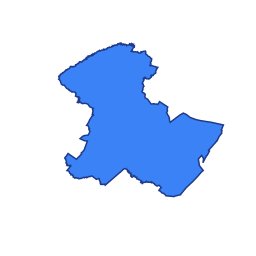 Tepotzotlán, México, Mexico, rotated 49°
{"feature_id": "50627088B87639094921264", "entity_name": "Tepotzotlán", "entity_type": "district", "adm_level": 2, "iso_a3": "MEX", "parent_name": "Mexico", "parent_adm1": "México", "projection": "equal_earth", "projection_center": [-99.315, 19.719], "detail": "fine", "context": "isolated", "style": "filled", "palette": "blue", "viewbox_px": 256, "rotation_deg": 49, "n_neighbors": 0, "source": "geoboundaries", "source_scale": "gbopen_adm2", "svg_char_len": 5728}
<svg xmlns="http://www.w3.org/2000/svg" viewBox="0 0 256 256"><g transform="rotate(49 128 128)"><path d="M150.5,184.3L151.4,185.1L151.8,184.7L152.6,185.6L154.4,183.7L154.6,183.0L155.3,182.8L155.4,182.2L156.2,182.6L156.2,162.9L156.4,162.6L156.2,161.8L156.2,158.2L156.2,157.6L157.3,156.7L157.3,156.2L158.4,156.2L159.0,155.8L160.1,156.6L160.7,155.7L161.2,155.7L161.3,156.6L162.1,156.1L162.4,156.2L162.4,156.7L162.8,156.7L163.9,155.5L164.8,156.6L166.0,156.0L166.1,156.6L165.9,156.9L166.0,157.4L166.9,157.5L167.8,157.2L168.1,155.8L167.8,154.9L168.3,154.4L169.2,154.9L169.7,154.5L170.3,154.6L171.0,153.7L172.2,154.7L173.1,154.0L173.8,154.0L174.3,153.4L175.7,152.9L176.3,153.1L177.1,152.5L177.4,152.9L177.4,154.1L177.7,154.1L178.5,153.2L179.2,153.7L179.5,153.4L179.1,152.7L179.1,152.0L180.3,150.7L180.3,149.0L181.5,149.2L181.9,148.1L182.6,147.9L183.7,146.8L183.8,145.9L184.3,146.2L184.9,146.1L185.1,145.2L186.8,145.0L187.6,144.5L188.3,144.9L190.8,144.2L191.2,143.6L191.3,142.5L192.1,142.0L194.8,142.1L195.0,144.5L195.5,145.7L196.8,145.1L199.5,144.9L200.2,144.2L202.3,143.7L204.1,143.8L210.0,138.2L210.3,137.0L212.9,132.0L212.6,131.7L211.2,122.8L210.9,114.4L210.2,107.1L209.4,101.5L209.4,99.1L203.3,98.8L197.6,95.3L197.0,90.4L200.8,91.1L203.4,94.3L202.5,92.2L202.2,92.0L202.3,91.6L201.4,89.5L201.2,88.5L200.7,88.0L200.7,87.7L200.4,87.2L200.6,86.8L200.5,86.0L198.8,81.6L197.7,81.9L196.3,71.0L195.8,68.9L196.0,68.9L194.1,64.6L193.4,60.7L193.1,60.7L191.4,58.6L190.7,58.9L188.3,54.0L178.6,61.2L169.8,68.6L166.2,71.2L160.8,74.2L156.1,75.1L153.0,76.5L152.2,80.8L151.4,92.4L149.1,91.5L147.6,90.2L146.7,90.1L145.8,89.5L144.5,89.6L142.9,88.9L141.6,88.8L141.0,86.9L139.8,86.5L138.2,84.2L128.8,86.9L129.4,88.5L129.4,89.1L129.8,89.9L129.5,90.3L128.9,90.5L127.1,92.5L126.7,92.4L125.4,94.5L124.7,94.8L119.1,94.3L116.4,95.3L115.5,94.8L113.9,92.9L113.4,92.8L112.6,93.2L111.8,93.0L111.3,93.5L109.8,93.8L108.9,91.6L108.0,91.2L107.9,90.7L107.0,89.4L107.0,88.6L105.8,88.4L105.0,87.8L103.8,88.1L103.8,87.7L103.2,87.1L102.5,85.0L101.7,83.9L101.0,84.2L100.6,83.5L100.6,82.6L101.0,81.8L101.5,81.7L101.6,82.5L101.8,82.6L102.3,81.9L103.1,81.7L104.1,80.5L104.6,80.3L104.9,79.4L104.9,78.4L104.6,77.9L104.9,77.1L104.5,76.7L103.7,76.5L103.4,75.9L103.5,75.5L104.5,75.3L104.9,74.7L104.4,73.6L104.7,71.2L104.6,70.8L103.9,70.6L102.6,68.4L101.8,65.7L101.0,66.3L101.0,66.8L99.9,66.9L98.0,68.3L96.7,68.9L95.9,69.8L95.7,70.4L95.1,70.4L94.8,68.7L93.2,68.2L93.1,66.9L91.6,65.0L91.0,64.6L90.4,65.1L88.2,65.0L87.2,65.7L85.5,65.7L83.8,66.1L82.2,64.7L81.4,64.4L80.0,66.5L79.9,67.4L79.0,68.1L79.0,68.4L79.8,68.7L79.6,69.3L79.0,69.9L78.9,70.3L77.9,71.0L76.7,70.7L76.2,71.8L75.1,72.6L74.1,74.0L72.5,75.1L72.4,74.5L72.1,74.9L70.9,71.2L71.2,70.3L70.1,69.2L69.3,70.4L68.5,68.9L68.2,69.3L67.0,69.7L68.0,70.4L68.1,71.2L66.4,70.8L65.7,71.3L66.9,71.7L66.9,72.1L65.8,72.3L65.5,73.8L65.2,73.9L65.0,74.4L65.0,74.8L64.5,74.4L63.0,75.2L62.9,75.4L63.2,75.6L63.0,76.1L62.5,75.9L62.1,76.9L61.8,76.3L61.4,76.5L60.6,78.6L59.9,78.1L59.8,77.5L59.4,77.5L59.5,77.9L59.1,78.0L59.1,78.7L58.4,79.0L58.7,79.9L57.8,80.4L58.3,81.1L58.1,81.9L58.2,82.2L57.6,82.3L57.5,82.8L56.9,83.3L56.9,83.7L56.4,84.3L56.4,85.1L56.6,85.3L56.5,85.7L56.0,85.8L56.3,86.0L56.1,86.7L55.8,87.0L55.9,87.9L55.1,89.0L54.6,89.1L54.6,90.4L54.1,90.7L54.1,91.5L54.5,92.1L54.0,92.5L54.1,93.0L53.6,94.0L52.6,94.4L52.5,94.7L53.3,95.1L52.1,96.4L51.5,98.7L50.7,98.7L50.8,99.3L50.2,100.9L50.4,102.8L49.6,103.8L50.2,104.8L49.5,105.3L49.9,105.5L50.0,106.3L49.3,106.2L49.9,107.2L48.9,107.4L49.4,108.1L48.8,108.3L48.8,108.7L48.2,109.7L48.8,110.0L48.6,110.9L48.1,110.4L47.5,110.9L47.9,111.5L47.5,113.1L48.4,113.4L48.1,113.8L48.2,114.0L48.8,114.0L48.3,114.8L48.0,114.7L48.2,115.7L47.6,116.1L48.0,117.1L47.5,118.4L47.9,119.0L47.8,119.8L47.1,120.2L46.9,120.8L46.4,120.8L46.2,121.2L46.6,121.5L46.6,122.5L46.8,122.7L46.7,123.4L46.4,123.5L46.5,124.7L45.9,126.0L46.6,126.4L46.7,127.6L46.2,128.0L46.2,128.6L45.9,129.3L45.4,129.2L45.1,130.1L44.1,130.5L44.1,131.0L43.9,131.1L43.9,131.6L44.5,132.3L44.6,133.3L44.0,134.7L44.2,135.2L44.1,136.0L43.4,136.5L43.9,138.0L43.6,138.5L43.8,139.3L43.7,140.9L43.3,141.2L43.7,142.0L43.5,143.0L43.1,143.5L43.2,144.2L43.8,144.6L44.0,145.2L43.6,145.7L43.5,146.4L45.6,147.2L45.7,148.3L47.6,148.1L51.1,149.5L52.9,149.1L53.8,148.0L57.9,148.3L59.6,147.6L60.3,147.7L60.9,147.3L61.2,147.6L63.2,146.8L63.7,146.9L64.3,146.6L64.5,146.0L65.9,144.5L66.7,144.7L67.2,144.4L67.7,144.9L68.5,145.2L69.5,146.7L71.3,145.9L71.7,145.0L72.2,144.7L72.6,145.5L73.0,145.1L73.9,144.9L73.8,146.4L74.3,147.4L75.1,147.2L74.8,146.2L75.8,146.8L75.2,148.0L75.4,148.9L75.2,149.1L75.4,149.5L76.4,148.8L76.1,148.5L77.1,147.5L77.2,147.0L78.6,146.9L79.9,146.2L81.1,144.2L83.7,142.6L86.8,143.0L90.5,141.3L90.8,142.6L92.3,143.3L93.3,144.8L93.8,144.9L94.3,146.2L94.7,146.3L95.3,145.5L95.7,145.6L95.4,147.2L96.9,152.1L97.8,153.8L98.9,157.5L100.2,156.6L102.1,157.2L102.7,157.8L103.1,157.7L103.0,158.1L103.7,158.6L105.5,158.9L106.6,161.0L107.2,162.7L105.1,165.9L104.5,167.7L104.6,171.2L108.9,169.3L111.2,167.2L115.9,175.7L116.2,178.2L116.1,179.6L117.1,180.1L117.5,183.6L117.5,185.4L117.9,187.4L107.9,190.0L108.8,193.1L108.9,194.9L109.7,195.7L110.4,195.4L113.2,196.7L113.6,197.7L115.1,197.6L115.7,198.5L116.2,197.8L116.7,198.4L118.0,197.1L118.3,195.9L119.1,195.9L120.1,202.0L121.2,201.2L122.1,201.0L123.9,201.6L124.9,201.3L125.9,201.8L126.2,200.9L127.0,201.0L127.6,200.5L127.9,201.0L128.6,201.1L129.1,201.5L129.4,201.3L130.8,201.1L131.0,200.3L131.6,200.1L131.5,199.7L132.0,199.5L133.1,198.5L133.6,198.7L134.0,198.5L135.6,195.9L135.7,194.9L136.4,193.6L137.0,193.6L137.5,191.8L138.5,191.7L139.0,189.2L139.5,189.0L139.9,188.3L140.1,187.3L140.8,186.6L146.0,185.6L146.9,183.3L147.5,183.0L148.2,183.7L150.5,184.3Z" fill="#3b82f6" stroke="#1e3a8a" stroke-width="1.5"/></g></svg>